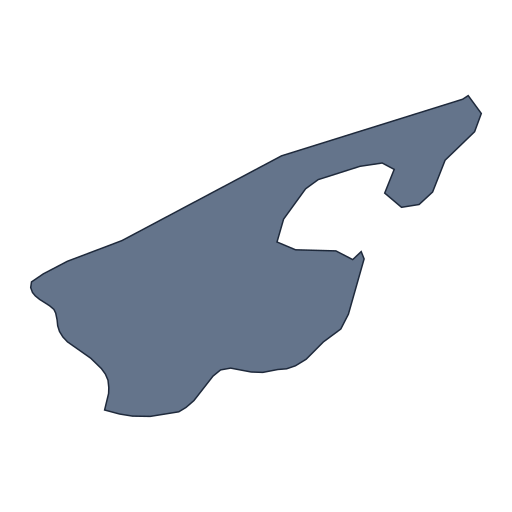 Tunis, Robinson projection
{"feature_id": "TUN-108", "entity_name": "Tunis", "entity_type": "Governorate", "adm_level": 1, "iso_a3": "TUN", "parent_name": "Tunisia", "parent_adm1": "", "projection": "robinson", "projection_center": [10.151, 36.789], "detail": "fine", "context": "isolated", "style": "filled", "palette": "slate", "viewbox_px": 512, "rotation_deg": 0, "n_neighbors": 0, "source": "natural_earth", "source_scale": "10m", "svg_char_len": 881}
<svg xmlns="http://www.w3.org/2000/svg" viewBox="0 0 512 512"><path d="M468.2,95.6L481.3,113.5L474.6,131.7L445.1,160.2L432.6,192.0L419.1,204.5L401.5,207.3L384.7,193.1L394.2,169.4L382.2,163.0L360.0,166.3L318.2,179.6L305.6,188.8L283.6,219.1L277.0,242.0L295.5,249.8L335.9,250.9L352.7,259.6L361.2,251.6L364.1,258.9L348.4,314.2L340.8,329.0L323.4,341.9L306.2,359.2L295.4,365.8L286.6,368.8L277.8,369.5L262.8,372.4L251.2,372.0L230.6,368.1L220.6,369.9L213.0,376.1L193.9,400.6L185.9,407.5L178.8,411.8L150.2,416.4L132.5,416.1L119.5,414.0L104.6,410.0L108.6,393.5L108.8,387.6L108.0,380.2L105.4,374.1L101.4,368.6L90.7,358.2L67.5,341.9L62.9,337.0L59.5,331.5L57.7,325.8L57.1,319.9L55.7,313.1L53.9,309.4L49.5,305.7L39.6,299.4L35.3,295.9L32.5,292.5L30.7,287.6L31.5,281.9L43.4,273.8L67.3,261.3L121.9,240.6L281.6,155.8L462.7,99.2L468.2,95.6Z" fill="#64748b" stroke="#1e293b" stroke-width="1.5"/></svg>